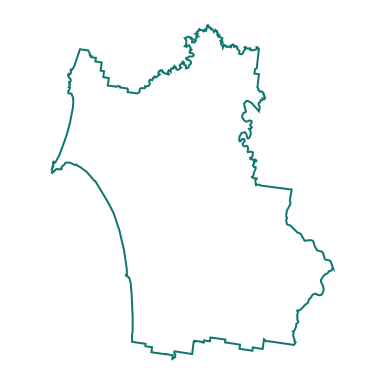 Byron, New South Wales, Australia, rotated 179°
{"feature_id": "25037944B26997804636733", "entity_name": "Byron", "entity_type": "district", "adm_level": 2, "iso_a3": "AUS", "parent_name": "Australia", "parent_adm1": "New South Wales", "projection": "natural_earth1", "projection_center": [153.501, -28.613], "detail": "fine", "context": "isolated", "style": "outline", "palette": "teal", "viewbox_px": 384, "rotation_deg": 179, "n_neighbors": 0, "source": "geoboundaries", "source_scale": "gbopen_adm2", "svg_char_len": 6028}
<svg xmlns="http://www.w3.org/2000/svg" viewBox="0 0 384 384"><g transform="rotate(179 192 192)"><path d="M301.5,336.7L307.4,320.2L309.2,317.0L310.0,316.8L310.2,316.1L311.2,316.3L310.8,314.0L311.7,312.0L312.5,311.4L313.2,312.2L313.9,311.1L313.2,308.8L311.8,307.5L311.2,306.2L311.5,304.7L312.1,304.1L312.5,304.6L312.4,304.1L312.9,304.2L313.1,303.7L312.2,301.7L312.8,301.4L312.4,300.3L313.2,299.0L312.5,298.9L312.2,298.3L313.4,295.2L314.0,295.0L314.1,293.2L312.4,292.5L311.6,292.8L310.7,292.2L309.2,288.0L309.1,283.4L309.8,277.6L312.9,262.9L316.5,250.6L323.8,231.5L328.1,224.0L328.6,223.6L329.8,224.8L330.5,224.1L330.2,221.8L330.5,222.0L330.6,219.8L331.2,219.4L330.9,218.9L331.7,217.8L331.9,216.9L331.0,215.7L331.8,214.0L331.4,213.5L331.1,214.3L329.4,214.8L328.3,216.6L327.1,217.3L322.6,216.9L322.0,217.4L322.5,217.9L321.5,219.8L319.0,221.8L318.3,223.2L317.1,223.6L313.2,223.4L308.8,221.1L307.2,221.4L307.2,221.0L303.8,219.2L297.3,214.3L289.2,204.7L288.5,204.6L276.0,183.0L270.6,171.9L265.2,154.6L260.9,134.6L258.6,116.4L258.5,109.9L259.4,109.9L259.0,109.1L257.0,108.1L256.1,107.0L254.9,102.2L254.1,90.1L253.5,67.5L253.8,53.2L254.4,50.9L254.5,43.2L241.1,41.0L241.3,38.6L234.6,37.5L235.4,32.5L221.1,30.2L221.1,30.6L214.1,29.0L214.6,25.5L211.7,27.2L211.5,29.2L212.6,31.5L212.2,33.0L194.7,30.0L192.9,42.4L191.9,42.2L191.8,43.2L184.2,41.9L184.3,41.5L182.9,41.2L182.6,43.4L176.7,42.4L176.1,46.2L161.2,43.9L161.6,41.1L146.6,38.5L147.3,34.5L134.4,32.2L133.9,35.5L124.1,33.8L122.6,43.5L120.5,41.4L119.0,41.6L92.6,37.3L91.0,39.9L92.3,41.2L92.0,42.8L93.5,46.5L92.8,49.6L93.6,50.8L92.2,51.3L90.2,55.9L90.2,58.0L88.2,59.9L88.1,60.9L89.0,62.6L88.7,64.0L89.1,66.3L88.2,70.0L88.9,71.1L88.6,71.8L87.0,71.7L85.5,72.4L80.6,77.5L78.2,79.0L76.8,82.7L75.0,84.4L73.3,87.2L70.2,88.3L68.6,87.1L66.0,86.5L64.1,87.1L62.3,90.6L62.0,92.7L62.8,96.4L64.2,98.8L64.7,101.3L64.4,102.2L62.5,105.1L60.1,107.4L57.7,108.5L56.6,110.4L54.4,110.8L53.4,111.9L53.0,113.6L52.1,112.8L54.6,120.3L55.4,121.1L59.5,122.1L60.5,122.8L61.8,128.1L62.9,130.0L68.0,131.5L70.4,136.1L71.1,139.2L72.0,141.0L73.9,141.8L80.3,141.3L84.1,148.3L87.6,149.9L94.0,156.6L97.6,158.1L98.4,161.8L97.4,164.6L98.3,165.9L98.3,166.9L97.4,171.8L94.0,177.9L93.7,180.0L94.4,181.5L92.3,192.7L122.9,197.2L125.5,198.3L127.9,197.7L128.5,202.2L128.1,203.4L127.0,203.9L127.0,204.4L130.0,204.7L131.4,205.3L131.9,206.0L130.4,207.1L129.7,210.4L127.9,214.3L128.0,215.8L129.4,215.8L130.5,217.1L130.4,218.0L129.5,219.0L129.6,221.5L127.6,221.3L127.0,222.3L128.2,223.3L131.2,223.3L133.2,224.0L133.2,225.2L131.6,225.5L131.0,226.2L130.4,230.5L132.4,231.4L135.4,230.9L135.7,231.5L135.1,234.6L135.8,236.8L136.6,237.3L139.1,236.7L140.5,238.1L140.4,239.7L138.5,241.7L138.8,243.9L140.8,244.1L142.5,242.0L143.3,241.8L143.7,242.3L143.9,244.1L143.4,246.7L141.8,249.6L140.9,250.4L138.0,250.8L136.7,249.1L135.9,245.3L134.9,244.6L133.8,245.2L132.4,248.1L132.3,251.7L133.8,254.2L132.0,254.4L131.0,255.5L132.0,256.5L132.7,258.3L131.2,260.3L131.2,261.8L133.0,262.6L136.4,261.3L138.6,262.6L140.6,266.0L140.5,267.6L139.0,270.2L137.0,271.0L136.7,271.8L138.1,277.0L138.3,279.5L136.1,282.1L134.6,282.1L131.0,280.1L123.6,271.6L122.8,275.5L123.9,278.5L123.8,279.7L122.4,280.4L122.0,282.4L120.1,282.6L120.0,284.4L118.0,283.5L117.2,285.3L118.2,286.1L118.2,288.0L119.0,288.4L118.7,289.4L120.4,291.3L122.4,291.1L122.9,292.2L123.9,292.7L123.8,294.3L124.8,295.3L123.0,308.6L127.5,309.3L126.9,313.6L125.1,314.7L122.6,333.9L123.7,335.3L124.9,335.7L125.0,333.5L127.7,332.7L131.0,332.8L131.4,333.2L130.9,333.8L131.4,334.7L134.4,334.4L135.5,335.7L136.6,336.1L137.0,335.6L136.3,335.0L136.5,333.5L138.0,331.9L138.8,329.7L140.4,328.8L142.6,329.6L142.0,331.9L144.4,334.5L144.1,336.0L145.8,337.3L146.7,336.3L147.4,336.4L147.8,338.2L148.4,338.9L150.9,337.5L150.9,336.9L150.2,336.3L150.5,335.9L152.5,336.8L154.8,336.3L155.5,337.6L157.5,338.7L157.5,337.3L158.4,335.9L158.4,337.3L159.7,338.0L160.4,339.6L160.3,341.2L159.4,340.4L158.9,341.0L158.9,342.0L160.7,342.8L159.4,343.8L158.9,345.2L160.6,345.8L161.3,347.0L163.2,346.9L163.1,347.8L163.6,348.3L162.5,348.8L163.9,349.5L163.7,350.9L164.2,351.4L164.2,352.5L164.9,352.4L165.6,353.3L165.8,352.3L166.8,352.5L167.3,351.7L167.8,353.3L168.6,353.6L169.3,355.0L170.2,354.6L171.3,356.5L172.5,356.4L172.8,358.3L173.3,358.5L174.0,357.8L173.2,357.5L173.1,356.3L173.9,356.4L175.6,354.4L174.8,353.8L174.9,353.0L175.7,353.0L175.9,354.2L176.6,354.2L177.0,352.7L177.7,352.3L179.2,353.8L181.0,353.9L181.7,354.7L182.6,353.8L182.8,352.6L184.1,352.2L184.5,350.9L185.6,350.2L183.7,349.9L184.5,348.5L183.2,347.5L184.9,347.3L184.6,346.0L186.4,344.4L185.6,343.1L186.5,342.9L186.5,342.0L187.0,341.4L189.4,341.7L188.6,344.6L190.0,346.4L190.6,346.4L190.4,345.3L191.7,346.8L193.4,347.3L194.4,347.0L195.3,345.9L196.4,345.9L195.2,343.8L195.0,341.2L195.5,339.0L196.7,337.9L194.9,337.2L194.1,338.3L192.4,338.8L190.8,335.9L191.2,334.6L190.1,334.2L192.0,332.2L192.0,331.4L188.5,330.2L187.9,329.1L188.0,328.3L189.4,327.4L192.1,327.6L193.0,326.8L195.5,326.1L195.5,325.1L195.0,324.6L192.1,323.7L190.8,322.0L190.9,320.3L192.9,318.5L193.4,316.4L195.8,315.7L195.9,318.5L197.5,319.2L197.5,321.2L198.8,322.6L199.5,322.0L199.5,320.4L201.0,320.1L202.0,319.1L201.7,317.3L200.7,316.7L202.8,314.9L204.2,314.4L205.4,314.8L206.1,317.2L206.8,317.7L207.7,316.4L208.6,316.1L208.5,317.0L209.5,315.6L210.7,315.7L211.2,314.2L211.1,312.6L213.2,314.1L214.1,312.1L213.9,311.3L212.8,310.4L213.2,309.8L217.8,311.4L218.7,312.6L219.8,312.7L219.9,314.2L220.9,314.0L221.9,314.9L221.3,313.9L222.7,313.5L223.7,310.9L222.1,310.1L226.0,307.2L227.4,308.1L227.5,307.2L229.2,306.6L229.1,305.8L229.8,304.5L232.0,305.0L232.9,303.6L232.2,300.7L233.7,298.6L237.0,298.6L236.8,297.3L237.6,296.6L238.0,296.9L239.5,296.5L241.2,296.8L242.4,295.8L242.9,292.7L245.1,291.5L254.6,293.0L254.3,295.6L254.9,296.6L262.2,297.8L262.1,298.7L262.8,299.0L264.1,299.3L265.5,298.6L274.4,299.9L273.2,307.4L278.7,308.4L277.8,314.3L281.2,314.9L280.1,323.1L286.3,324.2L285.8,327.8L290.5,328.6L290.3,329.9L291.8,330.2L291.7,331.9L293.3,335.3L301.5,336.7Z" fill="none" stroke="#0f766e" stroke-width="2"/></g></svg>